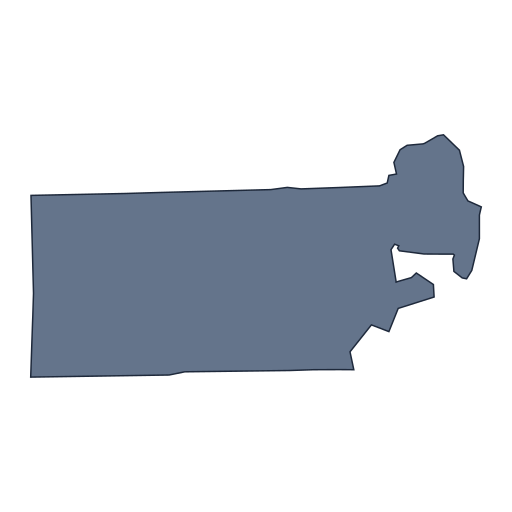 outline of Kent, Rhode Island, United States of America
{"feature_id": "52423323B26023060829136", "entity_name": "Kent", "entity_type": "district", "adm_level": 2, "iso_a3": "USA", "parent_name": "United States of America", "parent_adm1": "Rhode Island", "projection": "orthographic", "projection_center": [-71.482, 41.683], "detail": "fine", "context": "isolated", "style": "filled", "palette": "slate", "viewbox_px": 512, "rotation_deg": 0, "n_neighbors": 0, "source": "geoboundaries", "source_scale": "gbopen_adm2", "svg_char_len": 989}
<svg xmlns="http://www.w3.org/2000/svg" viewBox="0 0 512 512"><path d="M434.1,297.0L433.4,284.5L416.3,273.0L411.4,277.6L398.2,281.4L396.1,282.1L396.0,281.0L391.0,249.7L394.6,244.2L398.8,245.8L397.6,248.2L399.4,250.8L424.1,254.0L441.5,254.1L453.2,254.1L454.4,255.1L452.9,259.0L453.9,271.4L462.2,277.9L466.6,278.8L471.8,270.4L479.4,238.7L479.4,215.1L479.9,212.8L481.3,206.9L472.2,202.8L467.9,200.9L464.7,195.5L463.2,192.9L463.3,180.2L463.4,176.5L463.6,166.5L459.4,150.1L459.2,150.0L443.5,134.8L437.6,135.8L424.5,143.4L422.9,143.9L407.1,145.3L400.1,149.7L393.9,162.4L396.5,174.0L388.9,175.4L387.2,183.0L379.4,185.9L379.0,185.9L361.7,186.6L354.4,186.9L339.6,187.5L301.1,188.9L287.3,187.4L270.8,189.6L159.3,192.5L125.3,193.5L31.0,195.4L31.0,196.0L33.5,293.2L33.5,293.4L32.8,316.2L32.5,323.9L30.7,377.1L169.1,375.0L184.8,371.8L289.9,370.5L313.6,369.7L339.4,369.6L353.8,369.7L350.0,351.8L371.4,324.9L388.9,331.6L398.2,308.4L434.1,297.0Z" fill="#64748b" stroke="#1e293b" stroke-width="1.5"/></svg>